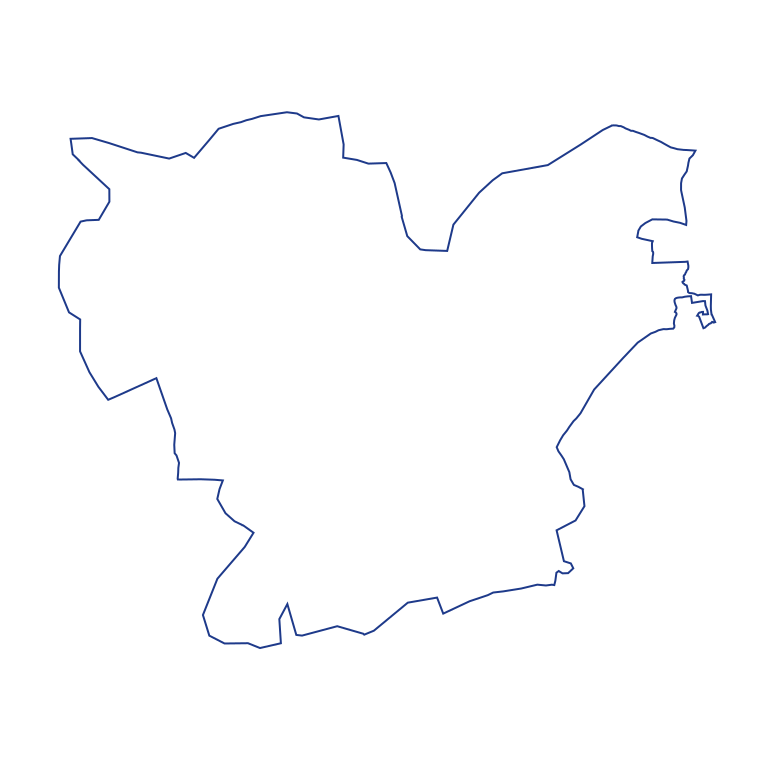 the district of Gezawa, Kano, Nigeria, rotated 182°
{"feature_id": "59680162B10012275275709", "entity_name": "Gezawa", "entity_type": "district", "adm_level": 2, "iso_a3": "NGA", "parent_name": "Nigeria", "parent_adm1": "Kano", "projection": "mercator", "projection_center": [8.662, 12.062], "detail": "fine", "context": "isolated", "style": "outline", "palette": "blue", "viewbox_px": 768, "rotation_deg": 182, "n_neighbors": 0, "source": "geoboundaries", "source_scale": "gbopen_adm2", "svg_char_len": 4217}
<svg xmlns="http://www.w3.org/2000/svg" viewBox="0 0 768 768"><g transform="rotate(182 384 384)"><path d="M80.9,628.1L83.2,628.2L90.0,628.4L92.6,628.4L98.9,628.9L102.5,629.8L105.7,630.5L109.3,632.3L112.6,634.0L115.6,635.6L119.9,637.4L123.7,639.1L124.7,639.3L126.3,639.3L129.4,640.5L132.5,642.0L138.3,643.9L141.1,644.7L144.0,645.7L146.1,645.7L147.7,646.5L151.6,647.9L153.4,648.9L155.0,649.5L156.3,650.0L158.4,650.0L160.5,650.5L161.3,650.5L163.6,650.5L164.9,650.3L165.4,650.3L166.2,649.7L167.2,649.2L174.2,645.5L195.9,630.1L227.9,608.5L273.2,598.7L282.5,591.4L295.6,578.5L320.2,545.7L325.5,519.2L347.0,519.2L352.5,519.8L365.9,532.6L372.2,551.8L371.9,552.5L380.4,585.2L384.7,595.5L389.4,604.9L407.3,603.7L418.9,607.0L432.7,608.8L432.7,622.0L438.9,650.3L458.3,646.1L473.3,647.7L480.4,651.3L490.5,652.2L516.6,647.4L525.3,644.3L530.8,642.8L536.1,640.7L543.7,638.7L558.2,633.3L567.1,621.8L581.7,603.4L590.2,608.0L605.5,602.2L606.6,601.8L635.0,606.7L638.4,606.9L667.2,615.2L684.4,619.6L705.8,618.1L704.9,613.2L703.1,602.7L696.7,597.0L696.9,596.9L692.6,592.7L665.3,569.1L664.8,556.6L674.8,538.1L687.0,537.2L692.9,535.7L712.3,500.6L712.8,491.7L712.8,485.0L712.3,468.9L701.3,444.6L689.9,437.9L689.7,429.2L688.9,406.0L678.8,385.5L669.4,371.3L659.1,358.6L653.3,361.3L611.7,381.9L599.7,351.0L595.6,342.3L594.4,337.7L591.8,331.1L591.0,327.6L591.5,315.9L590.8,307.5L588.9,305.4L586.1,298.0L586.6,293.0L586.6,288.0L586.9,282.2L586.7,281.4L584.8,281.4L574.2,281.9L564.0,282.4L550.0,282.4L541.7,282.0L544.7,273.2L546.6,263.3L537.9,249.3L528.6,241.6L520.9,238.2L520.7,237.9L519.8,237.8L509.2,230.8L517.5,216.3L543.7,183.6L556.9,146.8L549.8,126.4L534.3,119.1L510.9,120.2L498.7,115.8L478.0,121.3L480.4,145.4L472.9,160.7L462.9,130.2L462.2,130.1L457.1,129.7L422.3,140.3L396.0,133.7L395.0,132.8L385.5,137.1L352.6,166.3L323.5,172.4L316.8,156.6L290.8,169.9L279.8,174.0L272.9,176.6L267.6,179.4L257.6,180.9L239.7,184.4L223.8,188.8L215.1,188.3L209.7,189.2L209.3,189.3L206.8,189.0L205.9,193.3L205.1,201.4L202.9,203.2L199.0,201.0L193.4,201.4L188.4,206.4L191.0,211.2L198.0,213.2L206.4,243.8L187.8,254.3L179.4,268.9L181.7,285.3L181.5,285.7L186.1,288.0L190.2,289.6L190.7,289.8L191.5,291.0L194.2,295.3L195.7,302.4L196.7,304.5L201.0,313.7L201.6,315.0L204.1,318.6L207.3,322.8L209.2,326.9L206.0,333.9L203.2,339.0L199.5,343.9L197.3,347.6L193.3,353.5L190.6,356.3L186.6,361.6L173.8,385.8L145.8,418.5L131.9,434.2L119.1,443.8L114.6,445.6L111.5,447.3L106.7,448.6L103.4,448.6L100.3,449.1L96.9,449.4L95.9,450.7L95.8,452.4L96.4,454.6L96.2,457.8L95.6,460.3L94.1,463.6L94.2,464.8L94.8,465.6L95.8,466.2L95.1,468.0L94.6,469.2L94.3,470.2L94.6,471.6L95.3,472.9L95.9,474.5L96.4,475.9L96.6,477.1L96.6,478.0L96.2,479.2L95.3,479.9L94.0,480.4L91.9,480.8L88.9,481.0L86.5,481.7L83.4,482.2L80.2,482.5L79.0,475.8L68.1,478.0L66.1,478.0L65.5,473.7L63.4,468.7L63.0,466.9L62.6,465.1L63.5,464.9L66.0,464.8L67.7,464.6L67.7,465.3L67.7,466.2L67.7,466.7L67.7,467.2L68.9,467.1L70.1,466.6L71.2,466.4L71.9,465.8L72.4,465.0L72.8,464.2L73.4,463.2L72.7,463.1L72.1,462.8L71.4,462.2L66.7,450.9L65.1,451.6L63.6,453.2L62.3,454.2L61.2,455.4L59.5,456.1L58.8,456.9L58.3,457.0L58.2,457.5L57.8,457.5L57.0,457.2L56.6,456.9L55.2,457.4L58.9,465.0L59.1,465.0L59.9,469.8L60.1,473.4L60.2,485.0L63.7,484.6L66.7,484.3L69.2,484.3L69.9,484.3L71.2,484.2L71.7,484.1L73.4,483.5L77.1,485.1L78.0,485.2L78.8,485.4L80.1,485.5L81.2,485.5L82.2,485.7L83.3,486.4L83.5,488.0L84.9,493.0L86.2,493.5L87.1,493.9L87.5,494.5L88.4,495.0L89.0,495.7L89.3,496.4L88.3,497.3L87.6,497.7L87.4,498.7L88.1,499.7L88.0,500.6L88.3,502.2L87.8,503.3L87.7,503.4L87.0,503.9L86.9,504.4L86.7,504.9L86.6,505.3L86.3,505.8L86.0,506.4L85.8,506.7L85.7,507.2L85.4,508.0L84.1,509.5L83.9,511.5L84.0,513.0L84.9,517.0L87.3,516.6L120.1,514.3L120.1,515.4L120.0,517.8L119.9,521.0L119.5,523.4L119.6,524.9L119.8,525.5L120.5,526.1L120.8,528.8L121.0,531.5L121.1,534.3L120.4,536.1L131.5,538.1L135.1,539.2L136.1,539.5L135.4,544.0L135.1,546.2L132.8,550.4L128.4,554.0L121.6,557.9L106.8,558.2L100.3,556.5L93.7,555.4L87.6,553.5L87.4,557.5L89.6,570.9L91.3,577.7L93.4,586.1L93.9,588.2L94.0,591.6L94.1,594.9L94.1,595.1L93.4,599.8L92.2,601.8L91.0,603.8L88.9,607.0L87.8,612.9L87.5,615.7L86.6,620.0L83.3,623.4L80.9,628.1Z" fill="none" stroke="#1e3a8a" stroke-width="2"/></g></svg>